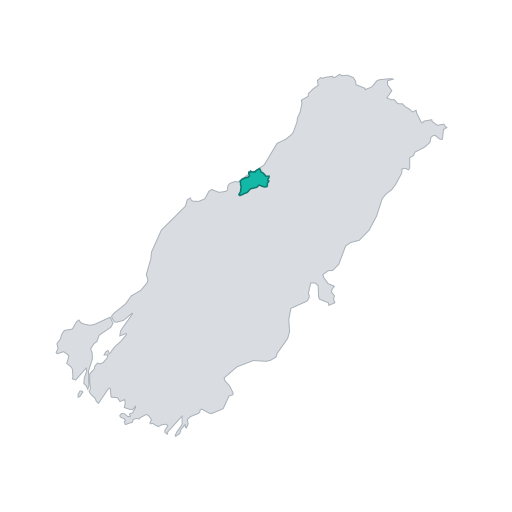 Turkey, with Ordu highlighted, rotated 313°
{"feature_id": "TUR-2293", "entity_name": "Ordu", "entity_type": "Province", "adm_level": 1, "iso_a3": "TUR", "parent_name": "Turkey", "parent_adm1": "", "projection": "robinson", "projection_center": [37.565, 40.74], "detail": "fine", "context": "in_parent", "style": "filled", "palette": "teal", "viewbox_px": 512, "rotation_deg": 313, "n_neighbors": 0, "source": "natural_earth", "source_scale": "10m", "svg_char_len": 4863}
<svg xmlns="http://www.w3.org/2000/svg" viewBox="0 0 512 512"><g transform="rotate(313 256 256)"><path d="M400.9,182.9L408.3,185.3L410.6,183.5L417.2,183.8L423.2,185.1L426.3,181.2L430.6,181.6L431.4,183.6L433.4,184.4L439.6,189.4L439.0,190.1L440.5,192.0L445.8,193.2L446.4,195.8L450.6,199.6L452.9,205.6L451.7,209.7L449.5,212.3L453.0,221.3L452.1,222.4L458.6,225.4L466.7,224.9L469.3,226.2L477.3,233.3L479.3,236.0L473.9,232.7L470.9,235.6L469.5,242.6L460.9,243.9L462.4,248.4L464.7,250.5L464.1,254.8L464.7,256.6L467.2,259.4L466.9,263.3L468.0,267.3L468.1,272.3L471.7,273.7L470.1,276.0L466.4,286.0L466.7,286.8L469.4,287.0L475.5,291.6L474.5,293.1L475.3,299.5L480.6,303.6L479.8,305.7L480.1,307.9L476.3,306.9L468.7,312.6L467.9,312.4L466.8,310.5L466.4,304.8L464.5,303.3L462.1,303.0L458.0,305.6L454.2,305.5L450.4,305.0L440.3,301.4L436.6,302.7L432.8,301.3L425.3,308.3L423.1,308.9L421.9,305.4L419.3,303.4L415.9,306.1L403.1,309.4L397.1,310.0L389.9,308.8L383.9,309.2L367.6,316.9L352.0,321.1L338.0,320.8L330.3,315.9L324.3,314.8L306.4,322.2L297.6,321.9L294.6,318.9L287.9,317.6L286.4,320.5L285.0,327.5L287.3,333.9L283.5,334.3L281.1,335.7L280.4,340.5L277.0,342.4L275.8,345.4L275.2,345.4L269.6,343.0L271.1,340.7L267.7,331.7L269.4,329.0L276.7,321.7L276.6,317.5L273.5,314.5L264.2,319.9L263.4,321.9L261.3,323.5L257.8,324.1L241.5,317.2L231.9,323.3L223.6,332.1L217.3,335.4L199.1,337.9L195.8,339.6L189.6,337.7L186.0,335.3L177.7,325.3L162.0,317.7L145.2,315.8L143.7,317.8L142.9,325.5L140.1,332.9L138.6,333.6L135.0,331.8L122.0,336.1L111.0,331.3L109.2,329.2L107.0,320.7L105.3,320.1L103.6,321.3L101.7,321.3L93.9,317.6L89.6,317.3L86.9,320.9L82.7,322.4L82.6,321.4L84.3,319.1L77.7,319.5L74.1,321.3L69.3,320.2L69.7,319.2L73.6,318.1L82.6,316.8L88.4,311.1L67.2,311.4L65.1,312.6L64.9,309.7L66.2,308.3L71.8,307.3L71.5,304.8L68.2,302.2L64.5,300.8L63.1,294.7L61.2,293.1L61.5,292.3L65.0,291.2L65.9,286.7L65.5,283.9L58.8,281.5L57.2,281.8L55.6,279.4L52.8,277.6L50.3,279.0L43.6,275.4L45.0,272.7L46.7,272.8L47.1,270.7L45.9,267.2L46.1,265.4L47.6,265.0L49.3,265.3L50.9,267.4L51.0,271.3L52.7,273.7L54.1,271.3L57.2,272.6L62.8,271.4L63.9,270.4L59.8,270.5L58.4,269.5L55.3,263.0L58.8,261.1L61.4,257.9L56.8,255.8L57.9,251.4L54.0,246.3L59.7,239.9L59.4,238.9L57.7,238.6L40.9,241.3L40.7,238.4L42.1,235.9L42.2,229.7L43.1,226.3L46.3,225.3L50.3,220.4L56.7,214.7L63.1,214.8L65.7,213.2L69.6,213.1L70.6,215.4L73.8,216.9L79.7,216.7L82.6,215.2L80.0,212.4L83.4,211.5L86.0,212.1L84.5,215.2L85.3,215.5L92.9,214.6L100.9,215.3L109.7,215.0L110.8,214.0L104.7,210.9L108.8,208.1L111.1,207.6L129.6,205.1L129.7,204.4L118.5,203.0L112.8,199.4L111.2,197.4L112.6,192.6L113.9,191.3L117.9,191.2L131.7,193.3L141.7,192.0L152.4,195.2L162.7,194.6L164.9,193.1L167.6,188.5L182.4,180.9L187.6,176.9L210.4,169.1L244.3,170.4L250.3,167.4L253.7,168.4L252.7,170.4L252.9,172.3L256.9,176.9L262.9,179.6L271.3,177.4L274.4,178.2L277.3,185.5L282.5,189.8L284.9,190.2L288.1,187.6L291.2,187.3L296.1,189.8L297.8,192.4L314.1,195.4L317.5,197.6L328.4,199.8L352.7,194.6L361.6,198.1L369.1,199.2L372.3,198.7L382.0,194.6L385.1,192.2L391.2,190.2L398.8,185.6L400.9,182.9ZM88.4,170.1L87.7,173.3L89.0,176.9L92.2,181.9L95.5,184.4L111.8,191.1L109.2,197.4L105.0,198.4L91.0,195.3L85.2,197.9L81.1,197.3L75.2,198.4L73.5,202.2L69.2,206.5L57.7,211.9L46.8,222.5L43.8,223.9L45.3,220.3L45.3,217.1L50.0,213.4L56.5,210.6L58.3,208.2L42.3,208.7L40.9,205.4L42.6,204.7L48.0,198.9L48.7,196.6L48.4,190.8L54.9,187.6L55.5,186.2L54.8,180.5L48.9,177.3L49.1,175.7L53.5,174.2L56.1,170.2L62.3,169.5L65.4,167.6L70.8,166.6L77.3,171.5L85.3,169.6L88.4,170.1ZM38.4,222.2L33.0,223.0L31.4,222.2L33.1,220.5L37.3,219.3L38.6,221.0L38.4,222.2Z" fill="#d9dde1" stroke="#a8b0b8" stroke-width="1"/><path d="M299.8,193.5L302.4,193.4L303.3,193.6L303.8,194.1L304.0,194.2L304.5,194.4L305.1,194.4L305.5,194.5L306.0,195.1L306.4,195.4L307.4,195.7L307.5,195.9L308.0,196.4L308.5,196.6L309.4,196.5L309.8,196.6L309.9,196.4L310.3,196.3L310.4,196.2L310.6,196.0L310.9,195.2L311.2,194.7L311.5,194.3L311.9,193.9L312.3,193.6L312.5,194.1L312.9,194.4L313.4,194.4L313.8,194.0L314.5,194.1L314.6,195.9L315.0,196.4L316.2,197.0L316.5,197.2L316.7,197.5L317.1,198.1L318.0,197.8L319.1,197.9L321.9,198.8L322.2,198.8L322.2,199.9L321.9,200.8L321.4,201.3L321.0,202.0L321.0,202.9L321.4,203.7L321.5,204.7L321.4,205.6L321.5,206.6L321.4,207.5L321.1,208.1L321.1,208.8L323.3,211.2L322.6,211.7L321.8,212.1L320.7,212.2L319.8,212.4L319.5,212.7L319.5,213.5L319.7,213.9L319.6,214.3L319.1,214.6L317.2,214.6L316.4,215.1L315.6,216.0L315.0,216.5L314.1,216.6L312.4,215.3L311.1,212.9L310.6,211.2L309.9,209.9L306.7,209.7L301.4,206.2L299.8,206.1L298.2,206.3L296.6,206.2L295.0,205.6L293.8,204.9L291.9,204.3L290.6,203.5L289.6,203.3L289.3,203.1L289.0,202.3L289.4,201.5L289.9,201.4L290.4,201.2L291.4,201.1L292.3,200.8L293.2,200.4L293.5,200.1L294.4,199.2L296.3,198.2L297.3,196.4L298.6,195.2L299.8,193.6L299.8,193.5Z" fill="#14b8a6" stroke="#0f766e" stroke-width="1.5"/></g></svg>